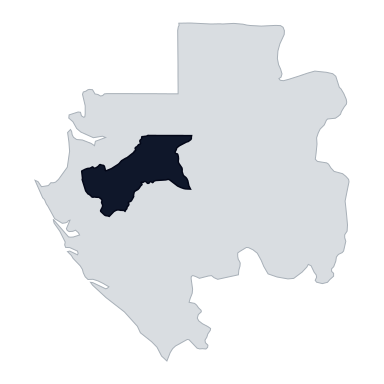 Moyen-Ogooué highlighted on a map of Gabon
{"feature_id": "GAB-2621", "entity_name": "Moyen-Ogooué", "entity_type": "Province", "adm_level": 1, "iso_a3": "GAB", "parent_name": "Gabon", "parent_adm1": "", "projection": "orthographic", "projection_center": [10.538, -0.51], "detail": "fine", "context": "in_parent", "style": "filled", "palette": "ink", "viewbox_px": 384, "rotation_deg": 0, "n_neighbors": 0, "source": "natural_earth", "source_scale": "10m", "svg_char_len": 6387}
<svg xmlns="http://www.w3.org/2000/svg" viewBox="0 0 384 384"><path d="M284.4,30.7L284.2,34.5L279.9,43.8L277.9,51.0L277.4,58.6L278.6,64.7L280.6,69.1L282.0,73.9L281.0,77.2L278.9,78.6L280.3,80.3L283.5,80.7L288.8,79.3L297.0,76.7L307.7,73.1L314.8,71.1L326.4,72.3L332.7,73.7L335.8,76.3L339.3,87.3L341.0,88.9L343.8,93.6L346.2,99.2L346.7,102.0L346.4,104.1L344.1,107.1L341.4,111.6L340.5,114.3L338.2,116.3L335.4,118.2L327.6,119.0L326.4,120.2L324.3,124.9L320.2,129.0L318.3,132.8L316.6,137.8L317.0,144.1L316.1,153.1L315.3,159.2L317.4,161.4L326.7,162.9L328.5,164.1L330.9,167.9L334.1,171.4L342.6,173.7L345.9,176.4L348.6,179.4L349.0,181.8L347.0,191.6L345.1,201.1L345.9,208.2L346.6,215.1L347.5,225.0L347.1,231.1L344.7,234.8L344.7,237.7L345.8,241.3L343.6,251.0L342.2,252.6L338.4,254.4L336.4,257.0L335.8,261.1L333.7,266.7L331.6,268.8L331.6,271.4L333.6,273.3L333.6,276.2L329.8,279.6L327.5,282.3L322.4,283.6L316.6,282.2L315.2,280.3L316.6,277.3L316.2,274.9L314.2,272.3L311.1,265.8L308.3,264.4L306.8,267.1L302.1,272.1L293.7,278.4L287.9,278.9L277.1,277.0L268.1,273.9L263.8,266.5L261.2,260.3L257.3,253.2L253.0,249.8L248.4,247.6L246.3,247.5L239.7,251.5L237.7,253.0L237.7,256.4L238.3,259.5L239.3,261.0L240.2,263.0L240.0,266.1L238.8,270.2L238.4,274.8L217.7,279.3L214.1,277.7L211.5,275.6L208.4,276.0L199.4,278.3L196.1,276.7L192.8,275.5L191.3,276.5L191.1,278.5L192.6,289.2L192.2,293.3L190.1,298.7L189.1,302.3L194.6,303.4L196.6,305.1L198.5,307.8L201.1,310.3L201.3,311.8L198.3,314.6L197.3,318.1L198.7,320.8L202.4,323.7L207.9,326.6L210.6,328.5L210.3,330.3L207.8,334.0L206.8,337.2L205.0,340.1L205.4,342.7L207.9,345.2L207.6,347.4L205.9,349.0L202.5,348.7L199.6,348.9L197.1,348.2L189.0,339.7L187.2,339.5L175.5,346.0L172.6,348.7L170.2,352.6L166.9,361.0L161.6,356.1L157.0,347.2L151.6,341.7L140.4,332.8L137.4,326.3L124.4,311.9L105.9,297.5L92.5,285.1L90.5,282.3L92.7,282.6L105.7,288.8L107.4,288.2L108.9,286.8L103.3,283.5L98.0,280.9L93.0,279.3L88.0,279.5L85.2,276.8L83.3,272.8L82.4,269.4L80.2,265.8L73.1,258.4L71.4,255.5L67.5,251.6L69.8,251.1L77.5,254.8L78.1,253.3L77.5,251.1L69.8,247.6L65.6,247.4L64.7,244.9L65.2,242.0L59.8,231.2L54.1,223.1L53.2,219.3L68.5,236.9L70.6,237.2L73.3,237.0L79.6,235.0L78.4,232.7L75.6,230.2L72.8,231.3L69.2,231.6L67.3,230.5L66.4,228.7L70.0,220.2L68.5,220.6L67.3,222.1L65.3,222.9L62.3,223.3L54.7,218.7L48.0,206.4L46.3,203.9L44.5,199.6L42.7,197.8L35.0,180.3L38.0,181.6L41.5,186.7L48.3,185.6L50.9,182.7L53.2,182.8L55.6,182.1L58.6,179.3L67.3,167.2L69.6,151.3L68.9,141.9L67.6,132.5L70.5,129.5L71.6,131.4L72.2,134.8L73.5,137.3L76.6,139.5L82.4,140.0L91.3,143.5L94.5,145.7L95.4,141.3L105.6,137.5L102.5,136.2L93.4,137.7L80.9,132.1L76.7,128.5L72.9,121.7L68.8,118.1L69.1,114.9L78.1,112.0L80.5,112.3L81.4,115.8L83.8,117.3L84.8,116.8L85.2,113.8L85.2,105.8L82.5,94.3L83.3,92.0L85.8,91.2L88.0,89.7L89.5,89.4L92.5,89.7L94.1,92.4L94.9,93.9L97.9,94.5L100.5,96.0L102.6,95.6L104.4,93.9L107.1,93.6L115.3,93.6L122.7,93.6L137.5,93.7L152.2,93.7L167.0,93.8L178.1,93.8L178.1,87.2L178.0,77.1L178.0,65.1L177.9,53.6L177.8,42.9L177.7,30.4L178.3,26.8L179.1,25.3L178.8,23.2L190.2,23.0L210.9,24.0L220.0,23.8L222.5,24.0L233.8,23.4L243.0,24.2L246.9,25.1L250.3,25.5L261.3,26.1L275.6,25.4L280.5,25.6L283.1,27.3L284.4,30.7Z" fill="#d9dde1" stroke="#a8b0b8" stroke-width="1"/><path d="M191.6,135.6L191.3,137.4L191.4,138.1L191.2,138.9L190.9,139.5L189.9,140.3L189.2,140.8L188.4,141.4L187.8,141.7L186.9,141.8L179.3,145.8L178.5,146.5L177.1,147.5L176.7,148.1L176.2,149.8L175.3,151.5L175.1,152.0L175.1,152.5L175.3,153.0L175.5,153.2L175.8,153.5L176.3,153.6L176.8,153.7L177.3,153.9L177.6,154.2L177.8,154.6L178.3,156.5L178.5,158.9L178.3,160.5L178.3,161.7L178.4,162.3L178.6,162.8L178.8,163.3L181.7,167.6L182.0,168.1L182.1,168.9L182.2,169.7L182.1,171.1L182.2,171.9L183.1,174.7L183.4,175.3L183.8,175.8L185.9,177.5L186.3,178.0L187.0,179.0L187.8,180.8L188.7,185.1L188.8,185.7L190.5,189.1L185.8,188.9L184.0,188.6L180.8,187.5L177.6,186.0L169.3,179.6L168.6,179.4L167.9,179.4L165.7,179.9L156.0,180.5L154.9,180.8L154.3,181.0L153.8,181.4L153.1,182.3L152.6,182.6L152.2,182.4L151.0,181.6L150.4,181.6L149.9,181.9L149.3,182.8L148.8,183.2L148.0,183.4L147.5,183.3L147.0,182.9L146.7,182.4L146.2,181.9L145.6,181.6L144.9,181.5L144.3,181.6L143.7,181.8L143.3,182.2L142.7,182.4L141.4,182.1L141.1,182.4L141.2,182.8L141.8,183.9L142.0,184.4L141.8,184.8L141.5,185.2L141.0,185.5L140.6,186.0L139.0,188.4L138.5,188.9L137.9,189.5L135.1,191.1L134.6,191.6L134.2,192.1L133.8,193.8L133.6,194.8L133.5,195.4L133.7,196.4L133.5,197.0L131.4,200.7L131.1,201.0L130.7,201.3L128.7,202.2L128.4,202.4L128.3,202.6L128.3,202.9L128.5,203.3L128.8,203.7L128.9,204.2L128.8,204.7L128.6,205.3L127.8,206.3L127.4,206.7L127.1,207.2L127.0,207.7L126.9,208.3L126.8,208.7L126.5,209.2L125.9,209.4L125.7,209.8L125.6,210.3L125.4,210.8L125.0,211.3L124.3,210.7L123.7,210.4L120.5,210.3L119.2,210.0L118.4,209.9L117.0,210.0L116.2,210.3L115.5,210.6L113.8,211.6L109.2,216.4L108.3,216.0L105.7,215.6L105.4,215.5L105.0,215.3L104.5,215.0L101.2,211.9L100.7,211.3L100.6,210.8L100.7,210.3L102.1,207.6L102.5,206.5L102.6,206.0L102.6,205.4L102.5,204.8L101.6,202.7L101.6,202.4L101.6,202.0L102.0,201.1L102.0,200.6L101.8,199.9L101.4,199.2L99.5,197.7L98.8,197.3L98.3,197.2L97.2,197.3L95.2,197.1L94.7,197.0L94.4,197.0L92.9,197.2L92.4,197.1L91.9,196.9L91.4,196.6L91.1,196.0L90.5,195.4L90.3,195.3L89.8,194.9L89.1,194.4L88.0,193.9L85.7,190.9L82.2,179.6L82.5,178.2L81.7,171.3L82.0,170.8L82.5,170.6L83.0,170.4L85.1,169.3L87.3,168.5L87.9,168.4L89.5,168.3L90.0,168.2L91.4,167.5L92.3,166.9L92.8,167.0L93.9,168.0L94.5,168.2L95.5,168.0L97.1,167.1L98.0,166.5L98.7,165.8L99.2,165.2L99.7,164.7L100.3,164.6L100.8,164.7L101.3,165.0L101.9,165.2L102.9,165.2L103.4,165.4L103.9,165.7L104.3,166.2L104.5,166.7L104.9,168.3L105.1,168.8L105.2,169.9L105.3,170.4L105.6,170.7L106.6,170.6L111.5,168.6L118.1,164.4L119.3,163.4L121.1,161.2L121.7,160.6L125.6,158.3L126.6,157.9L127.3,157.5L133.9,152.3L134.1,152.1L134.1,151.8L134.1,151.5L134.3,151.2L134.6,151.0L135.1,150.9L135.3,150.8L135.5,150.6L135.6,150.4L135.5,149.8L135.3,148.7L135.1,148.2L135.7,147.3L136.7,146.8L137.8,145.7L138.3,144.9L138.8,144.6L140.3,143.9L140.6,143.3L140.5,142.9L140.0,141.9L139.9,141.5L139.9,141.3L139.9,140.8L139.9,140.7L140.1,140.2L141.2,139.2L141.4,138.9L141.6,138.6L141.7,138.2L141.7,137.4L141.8,136.9L141.9,136.7L142.2,136.6L143.0,136.6L145.1,136.3L145.5,136.3L146.3,136.2L148.0,135.4L148.4,135.4L149.4,135.5L191.6,135.6Z" fill="#0f172a" stroke="#020617" stroke-width="1.5"/></svg>